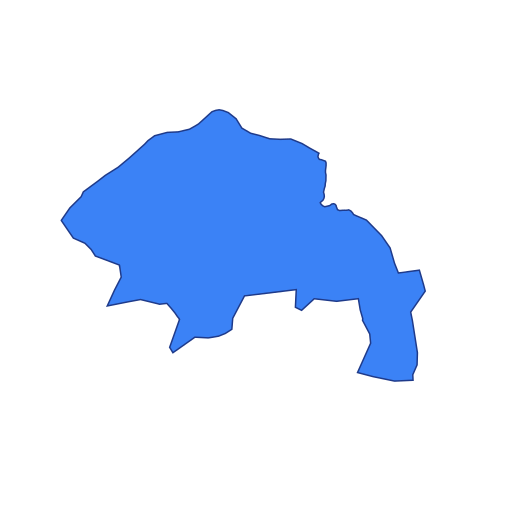 the district of Kura, Kano, Nigeria, rotated 23°
{"feature_id": "59680162B62375507242594", "entity_name": "Kura", "entity_type": "district", "adm_level": 2, "iso_a3": "NGA", "parent_name": "Nigeria", "parent_adm1": "Kano", "projection": "robinson", "projection_center": [8.5, 11.781], "detail": "fine", "context": "isolated", "style": "filled", "palette": "blue", "viewbox_px": 512, "rotation_deg": 23, "n_neighbors": 0, "source": "geoboundaries", "source_scale": "gbopen_adm2", "svg_char_len": 1996}
<svg xmlns="http://www.w3.org/2000/svg" viewBox="0 0 512 512"><g transform="rotate(23 256 256)"><path d="M212.2,373.8L217.3,377.5L231.5,354.6L244.1,350.0L248.1,347.5L252.9,344.4L258.0,339.3L260.7,335.4L262.4,332.9L258.9,322.4L261.0,297.2L306.2,271.2L312.3,287.8L319.2,288.2L326.3,272.6L347.9,266.2L366.9,255.3L373.0,264.9L378.7,271.9L379.2,273.6L390.5,282.8L390.7,283.0L391.2,283.4L395.6,291.5L395.0,323.6L410.9,321.3L432.4,317.0L449.1,309.0L446.7,304.0L446.8,293.3L442.4,282.0L425.3,254.5L420.3,247.2L425.5,222.2L421.5,217.0L411.9,205.2L393.7,216.0L386.3,208.5L376.3,196.2L363.7,188.2L343.6,179.8L332.5,179.8L329.6,179.7L328.1,178.6L325.8,177.5L323.3,177.3L321.9,178.3L320.8,178.8L319.6,179.3L318.0,180.0L316.7,180.7L315.2,181.5L312.9,181.5L310.4,178.9L310.0,178.2L308.6,177.5L307.1,177.5L305.4,178.6L304.5,180.3L304.0,180.9L301.3,182.9L300.0,183.8L298.3,183.8L296.0,183.1L295.4,182.7L294.3,181.9L294.7,180.7L295.3,179.6L295.8,178.6L296.0,176.6L295.7,174.7L294.9,173.1L293.9,171.7L293.2,170.9L292.5,167.0L292.3,164.6L291.5,162.3L290.9,159.4L289.7,156.4L288.8,154.1L287.4,152.1L286.6,150.3L286.1,148.6L285.5,146.5L285.0,144.9L284.5,143.9L284.2,143.0L282.9,141.6L280.9,141.7L278.6,141.8L276.6,142.3L275.3,141.5L274.2,140.4L273.7,137.8L273.8,136.8L262.4,135.6L254.5,134.5L242.3,134.7L232.8,139.1L223.0,142.7L222.5,142.8L212.1,143.7L203.1,145.1L193.0,143.8L184.8,138.0L184.2,137.5L174.5,134.8L168.7,135.0L165.0,135.8L162.0,137.7L159.1,140.4L151.5,156.9L149.2,160.1L145.2,165.3L135.8,172.2L126.0,176.9L115.7,184.9L111.5,192.0L109.8,196.6L101.0,215.4L94.4,228.2L85.8,240.6L81.0,249.2L72.0,264.4L71.9,269.7L65.9,284.4L62.9,299.0L62.9,299.4L80.9,310.9L93.6,311.1L101.7,314.4L107.9,318.6L108.1,318.8L133.7,317.7L134.2,318.5L134.3,318.4L140.2,328.1L139.1,342.6L138.6,360.1L156.7,347.8L166.7,341.2L184.4,338.3L186.0,338.1L192.0,334.7L192.6,334.5L198.4,337.3L203.5,340.0L207.4,342.5L209.8,343.7L209.8,344.0L210.4,344.3L212.2,373.6L212.2,373.8Z" fill="#3b82f6" stroke="#1e3a8a" stroke-width="1.5"/></g></svg>